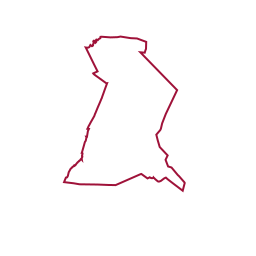 Santiago Nacaltepec, Oaxaca, Mexico (orthographic projection), rotated 35°
{"feature_id": "50627088B46884693471354", "entity_name": "Santiago Nacaltepec", "entity_type": "district", "adm_level": 2, "iso_a3": "MEX", "parent_name": "Mexico", "parent_adm1": "Oaxaca", "projection": "orthographic", "projection_center": [-96.923, 17.515], "detail": "fine", "context": "isolated", "style": "outline", "palette": "rose", "viewbox_px": 256, "rotation_deg": 35, "n_neighbors": 0, "source": "geoboundaries", "source_scale": "gbopen_adm2", "svg_char_len": 2590}
<svg xmlns="http://www.w3.org/2000/svg" viewBox="0 0 256 256"><g transform="rotate(35 128 128)"><path d="M63.2,95.1L65.6,96.4L70.6,99.1L68.2,103.2L69.0,103.5L71.3,103.6L73.1,103.6L79.4,103.7L84.7,103.8L85.2,103.3L87.1,110.5L88.0,113.7L88.7,116.3L88.8,116.7L89.2,118.0L89.4,118.6L89.4,119.0L90.3,123.0L91.4,128.4L92.8,134.6L92.9,135.4L93.5,137.4L93.8,140.3L94.2,144.7L94.5,147.0L94.7,149.1L94.9,150.2L95.1,151.1L95.2,151.9L96.5,151.2L96.6,151.8L96.7,152.4L96.9,153.5L97.0,153.7L97.1,153.9L99.4,158.7L98.7,159.1L99.2,159.4L99.4,159.6L100.7,162.7L100.7,162.9L100.7,164.1L101.0,165.0L102.0,167.8L103.7,172.7L104.2,174.2L104.3,174.5L104.4,174.9L104.6,174.8L105.2,174.8L105.6,175.3L105.8,176.1L106.0,176.7L106.5,177.4L106.8,177.4L106.9,177.9L107.2,178.1L107.3,179.0L108.1,180.2L108.3,180.4L107.9,180.3L107.2,180.6L107.2,182.2L107.1,182.5L106.8,182.9L106.9,183.5L106.6,184.2L106.4,185.1L106.5,185.3L106.3,185.9L106.3,186.2L106.2,187.5L106.3,188.2L106.2,188.8L106.1,189.1L105.8,188.8L105.3,189.4L105.4,190.3L105.3,190.9L105.1,191.1L104.8,191.6L104.9,192.3L104.7,193.0L104.4,194.4L104.5,195.3L104.6,196.0L104.8,198.2L106.2,201.7L106.4,203.3L106.3,203.5L106.2,203.6L105.8,203.9L105.7,204.0L105.6,204.3L106.4,207.9L106.5,208.1L106.7,209.0L115.3,204.4L120.6,201.9L135.6,191.7L144.8,185.8L145.2,185.5L150.6,181.9L164.7,158.7L165.3,158.0L172.9,158.1L173.4,157.2L173.7,156.7L173.9,156.3L174.1,155.9L175.1,155.9L175.6,155.7L176.0,155.5L176.4,155.4L177.3,154.5L177.2,153.9L177.5,154.0L178.1,154.0L178.4,154.1L178.7,154.1L179.1,154.2L179.6,154.3L183.0,154.6L183.3,154.5L183.7,154.4L184.5,153.7L185.4,152.2L185.7,151.1L186.5,148.6L187.3,147.1L187.5,146.9L189.7,147.2L193.5,147.4L198.2,147.6L201.2,147.7L208.8,148.0L206.0,140.5L205.2,140.1L197.5,138.2L196.8,138.1L195.9,138.0L186.3,135.4L182.9,136.5L177.0,132.5L176.2,127.7L174.7,127.4L174.2,127.3L173.5,127.2L173.1,127.1L172.7,127.0L164.9,125.4L159.5,121.1L155.0,117.2L155.6,111.3L155.5,110.5L155.3,109.6L153.3,104.6L150.9,94.8L146.5,68.8L100.2,60.0L94.7,58.9L98.5,56.7L97.7,54.3L97.6,53.9L97.4,52.9L93.5,47.0L84.0,49.5L78.6,52.9L69.8,57.2L69.4,57.4L69.3,57.5L67.3,59.6L61.7,63.8L54.0,68.4L53.2,69.1L53.8,70.2L53.6,70.8L53.3,71.1L53.1,71.7L52.9,73.2L51.6,73.5L51.3,73.9L51.4,74.2L52.0,74.8L52.4,75.1L52.5,75.4L52.6,75.7L52.5,76.6L51.6,76.1L50.6,75.8L49.9,76.1L49.8,76.8L50.0,77.2L51.1,77.8L51.4,78.2L51.4,78.4L51.4,78.7L51.3,79.0L51.4,79.8L51.5,80.1L52.0,80.5L51.8,81.3L51.5,81.7L50.8,81.7L49.6,81.6L49.9,83.7L49.8,84.1L49.5,84.7L49.4,84.8L49.1,85.1L48.4,85.7L48.0,85.9L47.2,86.3L47.6,86.5L63.2,95.1Z" fill="none" stroke="#9f1239" stroke-width="2"/></g></svg>